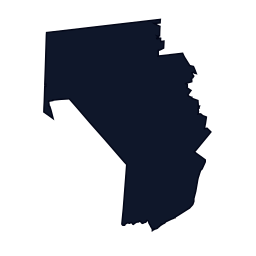 outline of General Bravo, Nuevo León, Mexico, rotated 264°
{"feature_id": "50627088B41623803853756", "entity_name": "General Bravo", "entity_type": "district", "adm_level": 2, "iso_a3": "MEX", "parent_name": "Mexico", "parent_adm1": "Nuevo León", "projection": "mercator", "projection_center": [-99.014, 25.824], "detail": "fine", "context": "isolated", "style": "filled", "palette": "ink", "viewbox_px": 256, "rotation_deg": 264, "n_neighbors": 0, "source": "geoboundaries", "source_scale": "gbopen_adm2", "svg_char_len": 4799}
<svg xmlns="http://www.w3.org/2000/svg" viewBox="0 0 256 256"><g transform="rotate(264 128 128)"><path d="M33.0,111.9L32.8,112.1L32.7,112.2L32.4,112.2L32.1,112.4L32.0,112.5L31.9,112.6L31.7,113.4L31.7,113.6L31.7,113.9L31.7,114.1L31.8,114.1L31.7,114.5L31.8,114.6L32.1,114.8L32.4,114.9L32.6,115.1L32.8,115.2L33.1,115.8L33.2,116.2L33.4,116.4L33.5,116.6L33.5,116.8L33.7,117.1L33.7,117.6L33.6,118.1L33.7,118.3L33.6,118.6L33.4,118.8L33.2,119.0L33.1,119.4L33.1,119.5L33.3,120.2L33.4,120.4L33.6,120.7L33.8,121.0L33.8,121.3L33.7,121.4L33.2,121.9L32.8,122.2L32.2,122.6L31.9,122.7L31.8,122.8L31.7,123.1L31.6,123.4L31.7,123.5L31.8,123.6L32.0,123.9L32.2,124.1L32.4,124.3L32.5,124.5L33.0,125.6L33.2,125.9L33.4,126.4L33.5,126.5L33.5,127.0L33.5,127.3L33.5,127.8L33.5,128.0L33.5,128.3L33.5,128.6L33.5,128.8L33.9,129.1L34.0,129.3L34.3,129.5L34.3,129.8L34.1,130.1L33.9,130.3L33.8,130.7L33.7,130.7L32.8,131.3L32.4,131.5L31.9,132.0L31.7,132.2L31.7,132.4L31.8,133.0L31.9,133.5L32.0,133.7L32.2,134.0L32.3,134.3L32.4,135.0L32.4,135.3L32.4,135.5L32.5,135.8L32.7,136.0L32.9,136.2L33.1,136.4L33.2,136.5L33.3,136.5L33.5,136.6L33.8,136.6L34.1,136.8L34.1,137.0L34.0,137.6L33.9,137.8L33.7,138.0L33.5,138.3L33.4,138.4L33.2,138.6L33.0,138.8L32.6,138.8L32.3,138.8L32.1,138.8L31.6,138.9L31.3,138.9L31.1,139.0L30.4,139.3L29.9,139.5L29.3,139.8L29.1,139.9L28.9,139.9L28.8,140.0L28.6,140.1L28.3,140.2L27.8,140.3L27.5,140.4L27.2,140.6L26.5,141.0L26.1,141.1L25.7,141.4L25.4,141.5L25.2,141.5L24.9,141.6L24.6,141.6L23.4,141.5L23.5,141.7L23.7,142.0L23.8,142.1L24.1,142.6L24.2,143.0L24.3,143.3L24.7,143.2L24.9,143.1L24.9,143.5L24.9,143.8L25.1,143.8L25.0,144.2L24.9,144.4L24.7,144.9L24.8,145.0L24.9,145.5L25.0,145.7L25.0,145.9L25.1,146.1L25.2,146.6L25.3,146.8L25.4,147.0L25.5,147.1L25.7,147.3L25.8,147.3L26.0,147.5L26.4,147.9L26.4,148.0L26.5,148.0L26.6,148.4L26.6,148.5L26.8,148.9L27.1,149.3L27.3,149.5L27.6,149.8L28.0,150.7L28.8,151.0L28.4,151.5L29.0,152.6L29.2,153.3L29.4,153.8L29.7,154.5L29.8,154.7L30.2,155.1L30.5,155.3L30.7,155.5L33.0,162.0L33.2,163.1L33.9,164.9L33.9,165.3L34.3,165.2L34.6,165.8L38.1,173.0L38.6,174.0L40.7,178.2L42.0,180.9L42.4,181.3L44.7,183.9L45.0,184.2L45.2,184.4L47.7,185.6L47.9,185.7L48.2,185.8L49.9,186.0L50.2,186.0L50.6,186.0L53.1,186.9L57.9,188.7L58.6,188.9L66.7,191.2L68.9,191.8L70.7,192.4L71.8,192.8L72.2,193.0L72.8,193.3L75.4,194.4L78.0,195.6L78.3,195.8L78.5,196.0L79.4,197.2L79.6,197.4L85.9,201.1L86.2,201.2L86.4,201.3L88.2,201.5L89.7,199.9L90.3,199.2L91.8,197.6L91.9,197.4L92.0,197.3L92.1,197.2L93.0,196.2L94.5,194.5L96.1,192.8L97.3,191.5L98.6,193.0L106.6,201.1L111.5,206.1L114.0,208.6L115.1,209.7L115.4,210.0L119.5,206.6L119.4,205.3L119.3,204.0L122.7,204.9L124.2,205.4L130.7,207.1L130.8,207.0L132.0,204.5L132.2,204.0L132.3,203.9L133.0,203.1L134.4,201.8L134.6,200.2L134.5,199.1L135.3,199.4L135.7,199.4L136.1,199.5L136.6,199.6L136.9,199.8L137.4,199.8L137.9,199.8L138.3,199.8L138.8,199.8L139.5,199.8L139.8,199.8L140.2,200.5L140.6,200.0L141.4,200.4L141.4,201.0L141.6,201.0L142.3,201.4L142.5,200.2L148.0,200.4L150.8,194.6L151.9,194.7L152.0,193.9L153.5,191.6L153.5,191.4L155.0,191.2L158.8,194.6L159.6,193.5L160.6,192.4L161.9,190.7L162.7,191.3L165.1,191.5L166.0,190.0L166.5,190.8L167.3,195.8L167.5,196.8L167.5,196.7L167.8,196.5L167.9,196.4L168.3,196.3L168.6,196.3L169.4,196.4L169.5,196.4L169.9,196.1L170.0,196.0L170.3,196.0L170.9,197.0L171.4,197.9L171.7,198.0L171.8,198.0L172.1,198.2L172.3,198.2L172.7,198.8L173.5,198.5L173.5,198.0L176.1,197.3L176.7,199.2L175.8,199.5L175.0,201.6L177.2,201.0L178.1,200.8L181.4,199.8L181.5,199.7L182.3,199.5L183.6,195.9L192.2,191.7L193.4,191.2L193.9,191.0L196.0,190.3L196.0,190.2L196.6,190.1L196.5,182.1L196.5,181.0L196.5,180.8L196.5,177.7L196.5,177.3L196.4,176.6L196.4,169.6L196.4,166.5L196.6,166.1L196.5,165.7L196.7,165.8L197.3,165.7L199.3,165.9L199.5,165.9L201.9,166.2L202.0,166.2L202.2,166.3L202.2,167.6L202.5,168.5L203.1,170.0L203.6,171.4L203.8,171.8L204.7,171.9L209.1,172.6L210.7,172.8L210.5,169.7L213.3,169.5L213.5,169.8L213.9,169.8L214.1,168.6L213.6,166.8L214.0,166.6L214.1,166.3L214.0,165.9L214.3,165.9L214.4,166.3L214.2,166.4L214.2,166.5L214.8,167.2L215.1,167.1L215.3,167.5L216.0,166.8L216.3,166.6L216.2,166.8L216.3,169.0L220.8,169.6L224.8,170.2L225.8,170.4L225.9,170.2L226.0,170.0L226.0,169.8L226.3,169.4L227.7,167.2L227.9,166.9L228.9,165.4L229.3,164.9L229.2,165.5L229.2,170.9L231.2,171.2L232.6,171.5L232.2,133.4L231.4,59.5L231.4,57.0L229.2,56.6L196.9,52.2L179.9,49.8L180.1,50.9L178.0,50.6L178.2,49.6L162.2,47.4L157.2,46.6L152.7,46.0L151.9,47.0L150.8,48.2L149.1,50.2L145.2,54.5L153.9,53.2L157.7,52.4L157.9,51.8L159.3,51.9L159.3,51.6L160.4,51.9L162.9,51.8L163.2,56.0L163.6,56.0L163.6,63.6L163.2,72.7L154.0,79.2L136.5,91.3L119.7,103.3L94.2,121.1L91.9,122.9L91.2,122.8L81.8,121.1L48.0,114.9L33.8,112.0L33.0,111.9Z" fill="#0f172a" stroke="#020617" stroke-width="1.5"/></g></svg>